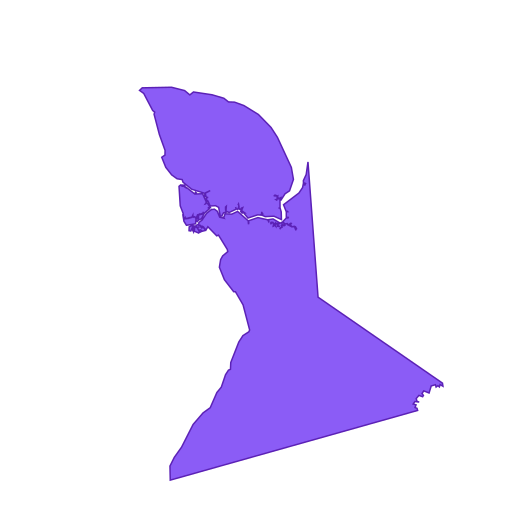 Merauke, Papua, Indonesia (Albers equal-area conic projection), rotated 74°
{"feature_id": "22746128B65756496772256", "entity_name": "Merauke", "entity_type": "district", "adm_level": 2, "iso_a3": "IDN", "parent_name": "Indonesia", "parent_adm1": "Papua", "projection": "albers", "projection_center": [139.088, -7.869], "detail": "fine", "context": "isolated", "style": "filled", "palette": "violet", "viewbox_px": 512, "rotation_deg": 74, "n_neighbors": 0, "source": "geoboundaries", "source_scale": "gbopen_adm2", "svg_char_len": 6054}
<svg xmlns="http://www.w3.org/2000/svg" viewBox="0 0 512 512"><g transform="rotate(74 256 256)"><path d="M429.6,111.8L312.7,207.7L179.9,180.1L191.5,185.3L196.6,189.7L198.6,190.2L199.9,188.4L200.1,188.4L200.7,189.1L201.0,189.7L201.1,189.4L201.4,188.8L201.1,189.7L201.0,189.8L200.0,188.5L198.8,190.2L203.1,192.4L207.3,197.4L214.3,215.4L221.8,214.7L221.6,213.7L222.1,213.4L221.9,214.7L227.8,216.4L227.4,215.6L227.6,214.5L227.7,214.4L228.2,214.4L228.4,214.6L228.5,214.4L227.7,216.2L230.5,220.9L233.2,219.3L233.4,217.0L235.1,216.3L234.1,213.5L234.4,213.1L235.7,214.7L236.1,214.1L237.8,213.5L238.0,211.0L238.8,210.0L241.6,209.4L240.4,210.3L242.4,210.6L238.4,210.9L237.8,213.6L236.2,215.2L234.8,214.6L235.3,216.5L233.4,217.4L233.3,220.0L234.2,220.5L234.3,219.8L234.5,219.8L234.5,220.1L234.4,219.8L234.5,221.1L233.3,222.3L235.6,223.1L235.7,224.5L236.4,225.1L236.6,225.8L235.7,224.6L235.5,223.1L233.6,223.2L233.2,222.2L233.2,221.8L234.4,220.8L233.4,220.2L233.1,219.7L230.9,221.0L230.9,221.7L231.9,222.2L232.1,222.5L230.9,221.8L230.6,221.3L231.6,226.3L233.0,226.4L233.4,225.7L234.0,225.6L233.0,227.8L232.9,226.5L230.6,226.9L231.2,230.0L231.3,229.4L231.5,229.2L232.6,229.0L232.8,229.0L230.8,230.2L231.9,230.8L232.2,231.2L232.2,231.3L229.6,230.0L228.9,230.5L228.4,230.6L229.1,232.7L228.6,232.8L228.6,232.5L227.9,232.4L227.7,232.1L228.3,230.5L229.7,229.9L231.0,229.9L229.6,228.3L230.4,228.2L230.3,226.9L231.2,226.1L230.1,224.6L225.1,229.4L224.4,234.6L225.8,234.0L226.2,234.3L226.5,234.2L226.6,234.3L224.4,234.8L219.6,243.6L220.1,253.6L222.2,253.8L223.4,254.5L220.0,253.8L208.1,261.4L209.1,267.9L206.9,274.1L209.6,275.9L209.7,277.6L209.8,277.2L209.8,276.9L209.9,276.7L210.4,276.7L210.6,276.4L210.9,276.3L208.7,280.2L202.3,280.9L199.5,283.1L199.1,286.2L201.5,291.9L206.6,297.9L208.0,301.6L210.2,302.5L210.7,302.4L211.2,301.4L212.3,300.4L213.6,300.3L212.1,299.0L213.8,299.9L213.7,298.7L214.1,298.9L214.2,298.6L214.6,298.1L217.2,296.9L214.6,294.2L225.8,288.2L225.6,286.3L241.7,281.8L244.0,281.9L246.7,288.0L249.7,291.0L256.7,294.3L270.1,292.9L284.2,287.3L284.7,285.6L299.4,281.9L325.4,282.5L326.9,283.8L328.9,290.5L333.9,296.2L351.4,309.6L357.9,311.8L358.1,313.9L361.7,318.0L372.5,325.5L376.4,331.2L389.2,341.8L392.2,350.1L400.6,362.9L419.2,380.2L427.0,390.0L434.2,396.6L447.8,400.2L449.0,143.2L446.8,143.2L445.5,144.9L443.2,143.2L441.6,145.7L439.7,143.3L441.4,139.4L440.1,141.3L437.2,141.3L434.9,137.8L437.2,134.6L436.2,133.5L433.9,134.3L431.9,131.9L435.4,127.4L429.2,123.4L429.2,119.0L431.6,119.0L430.8,116.9L432.4,115.8L430.3,114.5L432.7,112.2L429.6,111.8ZM180.6,197.6L147.8,202.7L136.6,206.1L120.6,214.7L108.0,226.2L102.2,234.2L100.3,240.0L95.5,243.4L88.9,253.8L81.1,270.9L82.9,275.2L77.3,279.0L70.5,290.7L63.0,319.0L64.7,322.3L68.8,319.1L87.7,315.2L89.7,313.7L91.6,314.9L112.7,315.4L129.4,314.3L133.9,315.7L135.1,319.4L145.9,318.3L154.8,314.7L160.0,310.6L162.2,305.9L165.0,305.8L174.1,299.4L181.8,287.7L181.3,287.0L180.5,282.0L181.7,287.5L185.8,287.7L185.7,287.4L186.3,286.4L186.6,286.5L186.5,286.4L186.6,286.5L185.7,287.5L187.9,288.3L190.0,287.0L195.3,286.3L196.5,281.0L199.0,278.5L208.0,279.4L208.0,277.7L205.5,275.3L205.7,272.1L204.6,272.6L203.0,272.5L200.5,271.8L200.0,270.8L204.6,272.5L206.8,269.8L205.5,262.1L203.3,262.1L205.5,262.0L206.1,258.8L205.6,259.1L205.8,260.0L205.6,260.1L204.5,259.4L204.0,258.8L203.6,258.9L202.4,258.6L201.6,258.9L201.2,258.5L204.0,258.8L205.7,260.0L205.5,259.4L205.8,258.6L206.1,258.6L206.3,259.2L207.6,257.4L208.1,257.3L206.7,257.2L205.9,256.6L205.8,255.4L208.1,257.2L208.1,257.4L207.9,257.6L207.5,257.5L207.7,257.9L211.5,254.9L211.3,255.9L217.3,253.3L216.9,243.0L218.5,238.9L217.6,239.4L217.5,238.3L216.9,239.0L216.6,238.9L216.7,238.2L216.5,238.6L215.7,238.5L215.7,238.4L216.7,238.1L216.8,238.5L216.6,238.8L217.5,238.3L218.6,238.8L220.7,236.3L222.7,227.8L228.0,221.5L220.6,219.6L216.5,219.6L216.3,221.2L216.3,219.6L207.6,217.2L206.8,216.0L207.2,218.5L206.3,219.5L206.9,219.5L207.2,219.9L207.3,221.1L207.6,220.7L207.9,220.7L207.9,220.9L207.3,221.1L206.8,219.5L206.3,219.6L205.2,219.4L204.4,218.8L204.5,219.3L203.6,219.7L203.7,220.4L203.5,220.6L202.9,220.7L202.7,221.0L203.4,222.2L203.4,222.4L202.7,221.0L202.9,220.6L203.6,220.5L203.5,219.8L204.3,218.8L207.1,218.6L206.7,215.9L209.5,217.0L204.2,210.9L202.6,205.8L192.7,198.9L180.6,197.6ZM196.5,288.2L196.9,286.5L191.8,288.2L191.0,289.1L191.4,289.2L192.0,290.1L192.0,290.4L190.9,289.1L190.9,288.8L181.4,290.2L179.6,297.7L170.8,304.1L170.8,304.5L170.7,304.9L169.0,306.2L168.6,307.7L167.0,309.0L167.8,310.8L186.9,315.0L194.9,314.3L199.7,314.9L199.8,313.6L200.9,312.4L200.7,311.7L201.2,310.9L200.8,310.4L200.8,308.5L201.2,307.1L199.3,305.4L201.1,305.8L201.4,305.6L201.3,305.3L201.2,304.8L201.2,304.6L201.4,304.1L202.1,303.6L203.2,303.3L200.3,300.7L200.3,295.0L198.9,294.5L200.3,294.9L200.4,293.5L197.8,287.8L197.0,288.2L196.5,288.3L196.6,288.7L196.4,289.1L196.5,288.2ZM208.4,305.2L203.3,303.3L201.3,304.4L201.4,305.6L200.7,306.2L201.2,307.1L201.2,311.0L200.7,313.9L199.9,313.7L200.5,314.4L199.7,315.0L195.6,314.9L202.8,315.7L207.3,314.4L208.4,305.2ZM217.5,297.7L214.7,298.2L213.6,300.4L211.9,301.0L212.7,301.4L212.6,301.6L211.8,301.1L210.5,302.6L209.5,302.6L210.4,305.5L212.4,304.8L212.3,303.7L212.4,302.7L212.4,304.7L215.7,303.7L215.5,302.4L216.1,301.7L216.6,301.3L217.4,300.9L217.5,297.7ZM216.9,303.7L212.8,304.7L210.7,306.6L215.1,308.5L218.1,304.8L216.9,303.7ZM200.8,300.0L205.6,301.3L205.1,298.1L201.0,294.2L200.8,300.0ZM214.0,311.8L209.6,308.0L209.0,308.5L209.6,312.2L213.2,313.4L214.0,311.8ZM205.8,301.6L201.6,301.7L204.9,303.9L206.7,303.0L205.8,301.6ZM170.4,305.0L168.3,305.0L167.2,308.2L168.5,307.8L169.0,306.0L170.4,305.0ZM215.6,309.4L210.3,306.9L210.1,307.1L212.6,310.0L215.6,309.4ZM217.7,303.3L217.3,301.0L215.6,302.4L215.8,303.8L217.7,303.3ZM184.9,289.5L184.6,288.4L183.0,288.5L183.7,289.2L184.9,289.5ZM208.5,258.7L210.9,257.5L211.4,257.1L209.4,257.6L208.5,258.7ZM177.4,296.9L179.0,296.5L178.8,296.0L177.4,296.9ZM200.9,301.1L201.9,301.3L200.6,300.2L200.9,301.1ZM188.9,288.3L190.2,287.6L190.4,287.4L188.9,288.3Z" fill="#8b5cf6" stroke="#5b21b6" stroke-width="1.5"/></g></svg>